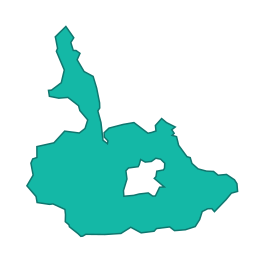 the district of Kollo, Tillabéri, Niger, rotated 176°
{"feature_id": "23599985B29201413246391", "entity_name": "Kollo", "entity_type": "district", "adm_level": 2, "iso_a3": "NER", "parent_name": "Niger", "parent_adm1": "Tillabéri", "projection": "orthographic", "projection_center": [2.24, 13.192], "detail": "fine", "context": "isolated", "style": "filled", "palette": "teal", "viewbox_px": 256, "rotation_deg": 176, "n_neighbors": 0, "source": "geoboundaries", "source_scale": "gbopen_adm2", "svg_char_len": 1621}
<svg xmlns="http://www.w3.org/2000/svg" viewBox="0 0 256 256"><g transform="rotate(176 128 128)"><path d="M47.6,38.5L35.1,49.8L29.4,55.8L23.1,57.1L23.2,64.8L25.4,68.9L33.0,74.8L41.4,74.6L45.7,78.7L52.7,79.5L60.9,82.3L66.7,88.2L68.0,94.1L71.2,95.3L78.7,107.2L80.2,116.0L84.5,117.6L82.3,119.5L84.5,123.2L80.8,125.7L89.2,130.7L93.8,135.1L100.5,128.6L100.3,123.1L104.8,121.9L108.5,121.4L121.7,133.0L132.6,131.9L147.0,129.2L152.2,124.9L152.2,120.5L148.9,116.5L149.6,113.8L153.8,117.5L154.6,135.3L156.9,147.2L154.8,149.9L154.6,155.1L156.5,170.0L159.2,181.9L167.9,187.4L174.0,199.6L170.7,205.8L174.4,208.9L177.2,209.2L179.1,217.3L175.8,221.8L182.9,233.6L189.4,228.1L194.2,224.0L193.9,222.3L192.7,212.3L194.1,209.6L187.5,190.3L190.2,181.7L191.4,177.8L201.7,171.1L204.7,171.1L204.2,165.1L195.0,162.6L185.8,162.7L175.8,153.7L174.8,148.7L167.6,138.9L170.9,130.5L176.9,126.4L191.4,129.3L202.9,118.4L220.2,115.8L220.9,104.9L225.2,103.8L227.3,99.7L226.7,94.3L225.9,87.6L232.9,77.4L224.5,66.1L223.9,60.0L211.6,57.3L208.1,57.5L196.6,51.2L196.4,45.9L197.1,38.9L193.7,35.6L193.3,33.5L185.1,26.0L182.6,23.2L180.7,23.3L177.5,24.9L158.7,23.4L142.4,23.3L132.2,28.8L122.2,22.5L109.2,23.2L106.6,25.7L93.3,26.4L88.8,22.4L85.5,22.4L77.9,22.5L67.8,25.0L62.9,31.7L59.8,39.5L54.1,41.9L50.0,41.7L47.6,38.5ZM95.9,66.7L100.6,66.7L105.4,58.3L108.1,58.3L112.3,61.8L121.4,61.4L127.0,60.4L136.9,60.2L136.9,65.9L132.6,77.2L133.1,85.5L130.3,88.1L120.6,88.7L119.4,90.6L117.6,95.7L113.2,92.8L107.0,93.0L102.4,95.9L97.6,94.6L93.8,90.3L94.4,85.3L95.6,83.7L102.3,82.9L103.5,77.5L105.3,75.9L95.9,66.7Z" fill="#14b8a6" stroke="#0f766e" stroke-width="1.5"/></g></svg>